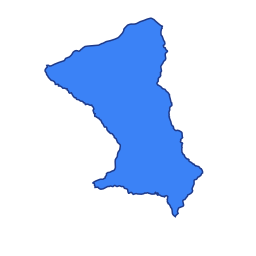 Caramanta, Antioquia, Colombia, rotated 253°
{"feature_id": "7082276B65135534410958", "entity_name": "Caramanta", "entity_type": "district", "adm_level": 2, "iso_a3": "COL", "parent_name": "Colombia", "parent_adm1": "Antioquia", "projection": "albers", "projection_center": [-75.642, 5.562], "detail": "fine", "context": "isolated", "style": "filled", "palette": "blue", "viewbox_px": 256, "rotation_deg": 253, "n_neighbors": 0, "source": "geoboundaries", "source_scale": "gbopen_adm2", "svg_char_len": 5828}
<svg xmlns="http://www.w3.org/2000/svg" viewBox="0 0 256 256"><g transform="rotate(253 128 128)"><path d="M29.4,147.3L30.0,147.8L30.6,148.6L31.7,151.0L33.5,150.8L34.8,151.5L36.6,152.9L36.8,153.5L37.1,157.5L37.3,158.1L37.7,158.5L38.3,158.7L41.9,159.0L42.3,159.1L42.7,159.4L43.1,160.4L43.0,161.5L44.6,163.6L45.4,164.9L46.5,165.6L46.6,165.9L46.6,166.8L47.1,169.0L48.1,170.8L49.2,171.5L50.7,171.4L51.3,171.6L52.6,172.6L55.1,174.8L58.1,175.7L58.7,176.0L59.0,176.6L58.9,178.3L59.3,179.1L60.6,180.5L60.6,181.7L60.9,182.1L61.2,183.4L61.5,183.9L62.7,184.9L63.1,185.5L63.2,186.2L64.7,186.6L66.6,186.4L67.3,186.1L67.6,186.1L68.2,185.3L69.9,184.7L70.6,184.1L71.1,183.1L71.6,182.6L72.0,181.5L72.5,181.3L72.9,180.8L74.1,180.6L74.3,180.4L74.3,179.7L74.9,179.6L75.4,179.1L76.4,178.7L76.8,178.1L78.3,176.8L79.3,176.7L80.0,177.0L80.1,176.9L80.1,176.4L80.9,176.3L81.2,175.3L82.2,174.7L83.9,173.9L84.6,173.8L85.4,174.0L85.8,173.9L86.6,173.0L87.2,173.1L87.5,172.9L88.3,172.8L88.9,172.5L91.6,173.1L93.2,173.7L93.7,174.1L95.1,174.0L95.8,174.7L96.6,174.8L97.1,175.6L97.8,175.6L98.0,175.4L98.8,174.4L99.4,174.1L100.0,174.3L100.4,174.8L101.6,175.0L102.8,177.3L103.1,177.5L103.9,177.3L104.6,177.6L105.4,177.7L107.4,178.2L108.1,178.1L108.8,177.7L110.6,176.0L110.8,175.4L111.3,175.0L111.5,173.1L112.2,172.3L113.8,171.6L114.6,171.3L115.3,171.8L116.7,171.6L117.1,171.0L118.7,170.6L121.7,170.8L125.9,170.5L126.4,170.9L126.9,170.7L127.5,170.7L128.5,171.2L130.9,171.7L132.1,172.4L133.0,173.2L135.0,173.7L135.8,174.4L136.2,175.0L136.6,176.3L137.2,176.8L138.4,176.7L139.0,177.2L139.8,176.7L140.7,176.7L143.3,176.9L144.7,176.9L145.2,177.0L145.8,176.9L146.4,177.1L147.2,177.1L147.6,177.4L150.2,176.6L151.9,175.4L154.1,174.7L155.6,172.5L155.9,172.3L156.5,172.2L158.0,171.4L159.9,169.7L160.1,169.2L160.6,169.2L161.9,168.6L162.2,168.7L163.0,169.2L164.0,170.7L164.9,170.8L165.5,171.0L165.9,171.4L166.4,171.4L166.7,171.7L167.2,172.4L167.5,173.4L168.5,174.6L169.5,174.6L170.1,175.1L171.3,175.1L171.7,175.4L171.7,175.7L172.7,176.7L176.7,177.2L177.4,177.4L179.2,179.4L179.5,180.0L180.4,180.7L181.3,181.6L182.3,183.7L183.6,184.5L186.3,184.8L188.0,185.3L189.0,186.5L189.5,188.0L190.2,188.2L190.5,188.1L191.5,187.3L192.8,187.0L193.7,187.1L194.6,185.9L195.8,185.8L196.7,186.0L197.0,187.3L198.0,188.0L199.9,188.2L201.3,187.7L205.8,187.5L207.0,186.9L208.1,187.0L209.4,187.3L210.8,187.8L213.0,189.0L213.4,189.8L214.7,189.9L215.0,190.5L215.3,190.6L216.4,189.3L218.9,187.6L222.1,185.6L224.0,184.6L226.0,182.6L226.4,181.6L226.5,178.2L226.2,174.6L226.1,170.7L225.4,166.9L225.4,165.2L225.8,163.4L226.5,161.2L226.6,160.2L226.6,158.2L226.3,157.3L224.6,154.2L223.7,152.9L222.9,152.7L222.0,152.1L220.4,150.5L217.8,146.2L217.2,144.8L216.8,141.6L216.7,136.6L217.0,132.4L216.3,128.8L216.4,127.6L215.8,124.1L217.7,115.3L218.1,113.5L218.5,110.7L217.6,107.8L217.1,107.1L216.9,106.1L216.1,104.9L215.7,103.5L216.7,102.1L217.2,101.0L217.2,99.7L216.9,98.6L216.5,97.7L214.4,95.4L213.4,93.5L213.1,92.8L212.8,88.8L212.3,88.1L211.3,87.2L211.0,86.3L210.9,81.1L210.5,76.4L209.9,73.0L210.1,71.2L211.0,70.5L211.4,69.9L211.6,68.6L209.9,68.7L209.0,67.0L208.6,66.7L208.4,66.2L207.7,65.7L206.8,65.4L206.3,65.4L204.5,66.0L202.8,65.8L201.1,66.5L199.7,66.7L196.0,68.5L195.3,69.8L194.0,71.0L192.7,71.4L191.9,71.4L191.2,71.2L190.9,71.3L190.4,73.4L190.0,74.2L189.6,74.4L188.8,73.8L188.5,73.8L188.3,74.2L188.1,75.1L187.7,75.7L186.6,76.6L185.1,77.3L184.6,79.1L183.8,79.9L183.4,81.2L182.9,81.3L182.4,80.9L182.2,80.9L181.9,81.3L180.5,81.9L179.3,81.8L178.7,82.1L178.3,82.5L178.2,84.1L174.5,84.9L172.7,85.7L172.2,87.0L171.3,87.0L170.4,87.3L169.3,89.3L167.7,90.4L167.0,91.9L166.5,92.5L166.3,92.7L165.2,92.8L164.9,93.6L164.4,94.0L162.9,94.1L162.7,94.4L162.9,95.2L162.7,96.1L162.0,97.3L161.5,97.5L160.8,98.5L160.5,100.0L159.4,100.1L158.5,100.7L156.7,101.0L155.9,100.8L155.4,99.9L155.0,99.7L151.7,99.8L151.3,100.1L151.2,100.6L150.7,100.2L149.4,99.7L148.8,99.7L148.6,100.0L148.4,100.7L147.8,101.0L146.3,102.2L145.9,103.0L145.2,103.0L145.0,103.3L144.4,103.5L143.8,103.8L143.4,104.4L142.1,104.4L141.2,104.7L140.7,104.5L139.0,105.3L136.0,105.7L135.8,105.8L135.4,107.2L134.8,107.6L134.3,107.7L132.4,107.4L131.0,108.0L130.2,108.2L130.0,108.3L130.0,108.7L129.5,109.0L128.8,109.1L127.9,109.7L127.7,110.4L126.9,111.4L126.2,111.5L125.0,112.1L124.1,112.3L123.4,112.1L122.8,112.2L122.4,112.6L121.8,112.9L121.5,113.4L121.2,113.5L117.3,113.8L114.5,115.5L113.9,115.6L112.8,115.3L109.9,113.9L109.4,113.5L107.7,111.4L105.9,110.3L104.0,109.5L103.4,109.0L102.2,107.5L101.4,106.6L99.6,105.9L93.9,104.4L92.7,103.6L92.2,103.1L91.6,102.2L91.5,101.9L91.5,100.3L91.0,97.7L91.3,95.7L91.0,94.7L90.6,94.0L89.1,93.6L88.1,92.0L87.7,91.8L87.0,91.7L86.8,90.5L86.4,89.7L86.4,88.7L87.0,87.0L87.1,86.1L86.8,82.1L86.4,79.9L86.0,78.8L85.9,78.5L85.6,78.4L85.0,79.4L83.9,79.5L82.9,79.2L81.8,79.5L80.8,79.1L80.2,81.9L79.2,82.3L77.8,83.5L77.5,84.0L77.3,84.8L77.1,86.6L78.0,91.6L77.5,93.0L77.7,94.1L77.5,94.6L76.4,96.3L76.4,96.8L76.8,97.6L77.0,98.1L76.9,98.7L75.4,100.1L75.2,100.5L75.3,102.6L75.2,103.1L73.9,104.6L73.5,106.2L72.8,106.7L71.5,106.9L71.2,107.2L70.4,108.7L69.9,109.2L69.2,109.6L66.7,109.3L65.4,109.5L65.3,109.8L65.6,111.5L65.5,112.3L65.2,112.6L63.0,113.6L63.0,115.6L62.9,116.7L62.1,117.9L60.8,121.5L60.6,123.3L60.6,124.0L60.9,124.8L60.4,126.5L60.4,127.8L59.4,128.9L59.0,129.8L58.5,130.3L57.8,131.5L57.2,133.8L57.2,134.1L58.2,135.0L58.4,135.5L57.8,135.8L56.9,135.6L56.8,135.8L57.2,137.3L56.7,137.7L56.3,137.6L55.7,136.5L55.2,136.6L55.1,137.1L55.0,137.9L54.6,138.6L54.4,139.0L53.3,139.8L52.5,141.0L52.3,141.8L51.4,142.7L51.6,143.2L52.2,143.7L52.0,144.3L52.1,144.9L51.8,145.3L50.9,146.0L48.6,145.0L48.3,144.6L47.4,144.6L46.3,144.1L45.3,144.1L44.7,144.5L44.2,144.2L43.9,144.3L43.0,145.1L42.5,145.3L41.1,145.6L40.0,145.6L39.2,145.8L38.4,146.2L36.8,146.2L33.3,145.5L32.1,145.7L31.0,146.2L29.4,147.3Z" fill="#3b82f6" stroke="#1e3a8a" stroke-width="1.5"/></g></svg>